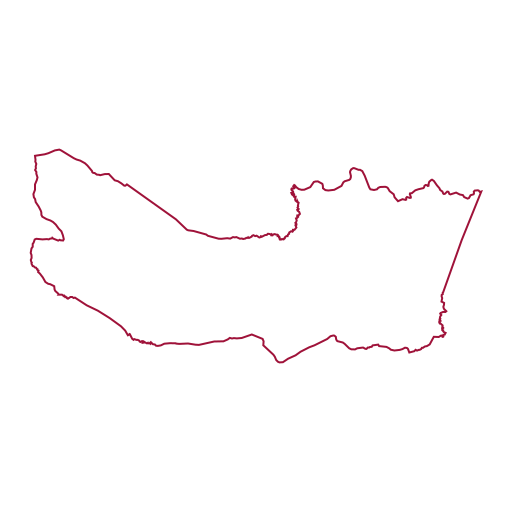 Kaoh Nheaek, Môndól Kiri, Cambodia (Albers equal-area conic projection)
{"feature_id": "14789045B36010441751176", "entity_name": "Kaoh Nheaek", "entity_type": "district", "adm_level": 2, "iso_a3": "KHM", "parent_name": "Cambodia", "parent_adm1": "Môndól Kiri", "projection": "albers", "projection_center": [106.949, 13.127], "detail": "fine", "context": "isolated", "style": "outline", "palette": "rose", "viewbox_px": 512, "rotation_deg": 0, "n_neighbors": 0, "source": "geoboundaries", "source_scale": "gbopen_adm2", "svg_char_len": 6017}
<svg xmlns="http://www.w3.org/2000/svg" viewBox="0 0 512 512"><path d="M127.9,335.3L129.0,334.8L129.5,334.0L129.8,334.1L132.2,338.8L133.5,339.8L134.2,339.1L136.5,339.9L137.8,339.9L139.2,340.6L139.7,341.6L140.5,342.0L141.5,341.4L141.8,341.8L142.7,341.8L142.6,341.1L143.0,341.1L143.9,341.6L143.2,342.7L145.1,342.4L147.0,343.4L147.9,342.8L148.1,343.2L149.2,343.5L150.5,342.4L150.8,343.5L151.5,342.8L152.8,344.2L154.9,344.5L156.0,345.7L157.8,345.9L160.8,345.4L164.3,343.7L170.0,343.2L175.8,343.3L176.1,343.6L179.3,343.9L188.0,343.5L195.5,344.7L198.9,344.9L214.2,341.5L223.5,341.3L227.8,339.4L229.8,337.9L232.0,338.5L233.9,338.1L236.8,338.4L241.7,338.0L251.8,334.5L262.6,338.9L263.6,341.3L263.3,345.3L273.4,354.7L274.8,356.7L276.2,360.0L278.0,361.8L279.5,362.4L282.9,362.2L288.1,358.7L295.6,355.3L300.6,351.7L309.2,347.3L314.5,345.3L327.2,339.0L330.5,336.2L333.3,335.5L334.3,335.6L335.8,336.8L336.2,339.4L336.9,340.7L337.6,341.2L342.8,342.5L344.6,343.8L349.2,348.3L351.3,349.3L355.1,349.4L357.2,348.3L362.5,347.6L363.2,347.6L365.3,348.8L366.5,348.9L367.8,347.5L369.3,347.5L369.9,347.0L371.7,346.8L372.6,345.4L378.2,344.6L379.1,346.1L386.5,346.9L389.3,348.4L390.8,349.7L394.4,350.5L399.7,349.9L402.4,349.1L405.0,347.7L406.5,347.9L407.3,348.2L408.0,349.0L409.3,352.5L414.3,351.2L415.6,349.8L417.0,350.6L418.7,349.9L419.5,349.9L421.1,349.1L421.9,347.8L423.0,347.8L424.8,346.5L426.9,346.1L429.7,344.4L433.8,336.8L438.7,337.0L441.2,335.5L442.0,335.8L442.5,336.9L442.9,336.9L443.3,336.6L443.0,336.0L443.3,334.8L444.6,334.7L445.6,332.9L443.9,332.1L443.2,331.3L443.2,330.4L442.3,330.2L442.2,329.1L443.3,327.9L443.2,327.7L442.2,327.7L442.6,325.4L440.5,323.5L439.8,323.5L439.3,322.6L439.7,322.1L439.3,321.3L440.5,320.8L439.6,319.3L440.3,318.7L439.9,318.0L440.2,316.5L441.3,315.0L440.2,313.7L440.6,313.0L443.2,311.9L445.4,312.0L446.3,311.2L444.0,308.9L443.5,307.6L443.4,306.6L444.0,304.8L444.1,302.9L441.5,301.6L442.2,298.1L441.6,296.3L441.7,294.9L442.8,294.1L442.7,292.8L443.2,292.2L461.7,240.1L481.3,191.5L479.8,191.9L478.6,190.5L477.7,190.3L474.7,190.6L473.8,191.6L474.0,193.2L473.6,194.3L470.6,195.2L468.9,198.1L467.6,198.6L464.2,197.1L462.9,195.1L459.8,194.5L456.1,192.6L450.4,194.4L449.4,194.0L448.4,191.8L447.2,191.6L444.9,193.8L443.9,194.0L443.2,193.5L442.4,191.5L440.2,190.0L439.4,188.2L436.9,185.3L433.9,181.0L432.1,179.7L431.5,179.8L429.3,181.7L428.7,183.4L428.5,185.8L427.8,186.0L427.0,185.2L425.6,185.0L424.5,185.8L424.0,187.4L423.4,188.1L418.6,189.2L415.3,190.3L411.8,193.2L410.0,193.4L409.8,194.2L410.9,197.1L410.7,197.8L409.7,197.9L407.0,197.0L406.2,197.8L406.2,199.6L405.6,199.9L402.5,199.2L398.0,201.2L394.6,197.3L393.7,194.3L389.7,191.2L387.8,188.0L386.7,187.2L385.2,186.8L380.2,187.0L378.3,187.8L377.0,189.3L374.0,190.0L370.4,189.3L369.3,187.6L364.7,175.7L362.3,171.1L360.0,169.8L358.5,169.8L354.4,168.2L353.2,168.1L351.2,169.4L350.2,171.2L350.0,172.2L350.9,175.9L350.8,177.5L350.2,179.1L349.2,179.9L344.6,181.3L343.3,182.4L341.5,185.9L334.3,189.8L328.3,190.5L325.4,190.1L323.0,188.3L322.8,185.3L322.3,183.8L317.9,181.4L315.5,181.5L313.8,182.0L310.3,187.1L304.3,189.7L301.6,189.8L298.7,189.0L296.3,187.2L294.9,185.4L294.2,185.0L293.2,186.3L293.5,186.9L294.4,187.5L294.5,188.1L293.6,188.6L291.7,188.5L291.4,189.1L291.4,189.8L293.1,191.5L293.2,192.2L291.3,192.9L291.6,193.5L293.4,193.3L294.2,194.4L294.2,195.0L293.0,194.6L292.5,194.9L293.6,195.8L294.2,196.9L295.6,196.8L295.1,199.2L295.5,200.6L297.1,201.9L297.3,201.0L297.8,202.1L298.6,202.7L297.9,205.6L298.2,206.2L297.5,207.6L299.2,209.6L298.0,209.1L297.2,209.8L297.6,210.7L299.2,211.9L299.9,213.9L298.5,215.4L297.3,215.4L297.2,216.1L298.1,216.3L298.2,216.8L297.0,218.0L296.0,218.4L296.7,220.4L296.1,222.2L295.4,222.8L295.7,223.7L296.4,223.9L296.5,224.3L296.3,225.1L295.5,225.4L296.4,227.5L294.5,229.8L293.0,229.8L293.1,230.9L292.5,231.7L291.2,231.2L289.2,232.5L289.1,233.8L288.0,234.5L287.6,236.1L286.4,236.1L285.0,237.2L284.8,238.3L283.9,238.6L284.1,238.9L283.6,239.4L281.5,239.1L281.1,239.1L280.9,239.6L279.8,239.5L279.4,238.3L279.6,237.4L279.0,237.2L279.0,236.4L278.6,236.1L277.7,236.1L277.9,235.0L277.5,234.7L276.4,234.7L274.7,234.1L273.1,234.5L272.7,235.1L271.9,234.5L271.8,235.3L271.2,235.3L270.9,234.6L270.1,234.1L268.3,233.8L267.8,233.8L266.8,234.9L265.0,235.1L262.3,236.5L261.2,236.3L261.3,236.9L259.3,237.5L256.6,235.7L255.2,236.1L253.4,235.2L252.1,235.8L251.7,236.6L249.2,237.9L248.6,237.9L248.1,237.3L247.6,237.9L246.2,237.9L245.5,238.5L243.1,239.0L241.9,238.5L239.9,238.7L236.4,237.1L234.8,237.4L233.0,237.1L230.2,238.6L227.2,238.2L221.4,238.8L218.6,238.7L207.9,235.8L206.2,234.5L193.6,231.0L188.2,230.3L186.8,229.7L175.9,219.3L126.9,184.4L125.4,185.7L124.3,185.7L121.4,183.4L117.9,181.2L114.7,180.3L108.8,174.0L104.7,174.1L100.1,175.2L99.2,174.8L96.8,174.6L94.6,173.0L93.2,172.9L92.3,172.2L92.0,171.0L87.4,165.5L84.9,163.2L80.2,160.6L76.5,159.5L73.8,158.2L61.1,150.4L59.3,149.6L54.9,150.4L48.4,153.2L44.7,154.3L35.0,155.8L35.5,159.8L35.3,161.6L36.3,163.9L35.7,166.4L35.9,168.4L35.1,170.0L36.4,172.0L36.3,173.7L37.5,177.4L36.8,180.1L35.0,184.4L35.0,189.8L33.4,194.1L33.9,197.3L35.1,199.1L35.7,202.1L38.7,206.6L40.7,210.5L41.3,212.2L41.4,214.9L42.3,216.7L46.5,219.1L50.4,220.5L53.0,222.0L55.8,224.6L58.7,228.6L61.4,231.3L62.9,235.3L63.8,239.2L63.1,240.5L60.5,240.3L59.7,239.8L58.2,240.6L53.2,238.6L52.3,237.8L52.0,238.4L50.0,238.7L48.8,239.4L46.9,239.1L42.5,239.4L36.3,238.8L34.7,239.5L33.6,242.7L32.7,243.9L32.7,246.8L31.5,248.4L30.7,252.9L31.5,255.0L31.6,257.9L30.8,260.0L31.3,262.0L31.8,262.5L31.5,263.7L32.7,266.1L33.6,266.2L35.0,267.5L36.1,267.7L37.0,269.2L37.4,269.2L37.5,270.0L38.5,270.6L38.1,272.0L39.8,273.5L42.8,277.4L45.4,282.0L48.2,283.8L50.2,284.2L54.2,286.2L54.6,289.6L55.3,291.0L58.2,293.6L58.7,294.4L58.5,294.7L62.0,294.7L63.3,295.7L63.6,295.6L63.7,296.0L64.3,295.8L64.6,296.5L65.3,296.5L65.4,297.2L66.5,297.2L66.9,298.1L67.5,298.6L67.9,298.6L67.9,298.2L68.9,298.1L70.4,297.0L72.2,297.0L73.6,298.0L74.9,297.6L86.7,305.3L97.9,310.7L109.7,318.1L121.0,326.3L125.2,330.6L127.9,335.3Z" fill="none" stroke="#9f1239" stroke-width="2"/></svg>